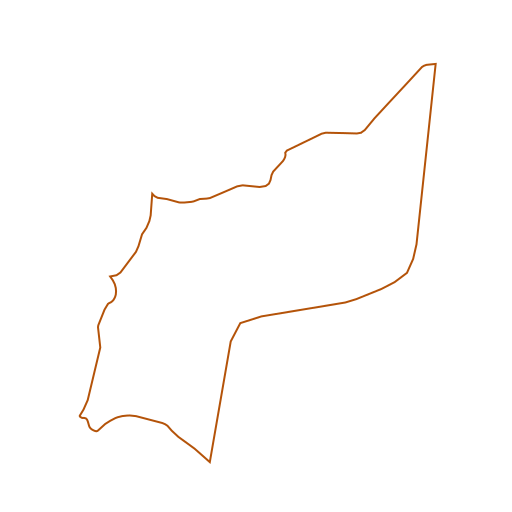 outline of El Oued, rotated 276°
{"feature_id": "DZA-2191", "entity_name": "El Oued", "entity_type": "Province", "adm_level": 1, "iso_a3": "DZA", "parent_name": "Algeria", "parent_adm1": "", "projection": "natural_earth1", "projection_center": [6.786, 33.25], "detail": "fine", "context": "isolated", "style": "outline", "palette": "amber", "viewbox_px": 512, "rotation_deg": 276, "n_neighbors": 0, "source": "natural_earth", "source_scale": "10m", "svg_char_len": 1483}
<svg xmlns="http://www.w3.org/2000/svg" viewBox="0 0 512 512"><g transform="rotate(276 256 256)"><path d="M324.9,235.6L325.0,252.4L326.6,258.3L329.3,261.3L333.1,262.5L338.1,263.0L341.8,264.3L353.3,272.9L355.3,273.9L357.4,274.6L359.6,274.8L361.8,274.3L364.1,275.7L373.9,291.5L384.5,308.5L385.9,312.5L387.4,330.4L388.4,343.5L389.6,347.7L389.8,347.8L392.6,351.0L405.4,359.5L422.0,371.9L443.7,388.2L461.3,401.3L462.7,403.1L463.9,405.5L465.8,414.6L284.4,414.4L269.5,412.6L255.0,407.9L244.5,396.6L236.4,384.3L223.6,360.3L219.1,349.7L196.5,267.7L187.6,247.4L168.4,239.8L46.2,231.6L58.0,215.0L68.0,197.7L73.5,190.4L77.9,185.7L79.2,183.2L80.1,180.3L84.2,153.4L84.2,147.1L83.8,144.4L82.8,139.7L81.2,135.3L80.1,133.1L76.9,128.3L73.2,123.6L65.9,117.1L65.4,116.5L65.0,115.5L65.2,114.0L65.7,112.4L66.4,110.8L67.2,109.6L68.3,108.5L69.5,107.8L73.7,106.1L75.6,105.1L76.7,103.8L77.0,102.0L76.8,100.0L77.5,98.2L78.1,97.6L78.5,97.4L78.9,97.5L85.2,100.5L95.1,103.7L148.7,110.7L168.7,106.3L170.6,106.4L186.9,111.0L192.9,113.8L193.9,115.0L194.7,116.4L195.8,117.6L197.3,118.8L199.3,119.7L200.8,120.2L203.0,120.6L206.3,120.5L209.5,119.9L213.2,118.5L216.8,116.2L220.4,113.1L222.3,119.3L225.4,122.9L247.6,136.2L253.5,138.1L265.7,140.4L272.5,144.1L279.6,146.3L285.4,147.0L307.1,146.3L305.0,148.7L303.6,152.1L303.3,161.5L301.2,174.2L301.7,179.2L303.1,186.1L303.8,188.3L306.8,194.2L307.9,200.8L308.8,204.1L315.3,215.8L323.3,230.0L324.8,235.0L324.9,235.6Z" fill="none" stroke="#b45309" stroke-width="2"/></g></svg>